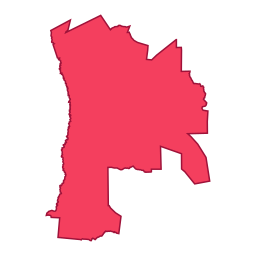 the district of Nuevo Casas Grandes, Chihuahua, Mexico
{"feature_id": "50627088B65630298438261", "entity_name": "Nuevo Casas Grandes", "entity_type": "district", "adm_level": 2, "iso_a3": "MEX", "parent_name": "Mexico", "parent_adm1": "Chihuahua", "projection": "albers", "projection_center": [-107.777, 30.506], "detail": "fine", "context": "isolated", "style": "filled", "palette": "rose", "viewbox_px": 256, "rotation_deg": 0, "n_neighbors": 0, "source": "geoboundaries", "source_scale": "gbopen_adm2", "svg_char_len": 5628}
<svg xmlns="http://www.w3.org/2000/svg" viewBox="0 0 256 256"><path d="M58.0,237.4L80.2,239.5L81.2,239.9L82.3,238.8L83.4,239.1L86.0,239.2L88.9,239.5L90.2,240.5L91.1,240.6L91.3,240.6L91.6,239.7L92.0,239.1L92.0,238.7L92.9,238.2L93.3,238.7L94.1,238.8L95.1,239.6L95.6,239.3L95.9,238.7L96.3,238.4L97.5,237.3L98.6,237.1L100.1,236.1L100.5,236.1L101.0,236.0L101.3,236.1L102.2,235.7L102.5,234.9L103.0,234.6L103.7,233.1L104.4,232.8L104.5,232.4L104.9,232.2L105.0,231.7L105.7,231.1L106.8,231.5L108.4,231.2L109.5,231.3L110.4,231.0L111.2,231.4L112.2,231.5L113.5,232.1L113.8,231.9L113.9,232.2L114.2,232.0L114.3,232.2L114.5,232.1L114.5,232.3L114.8,232.3L114.9,232.5L115.9,232.4L116.3,232.6L116.5,233.1L118.8,233.6L121.0,216.3L115.5,212.8L110.6,208.1L109.1,205.6L108.3,205.6L107.9,167.4L111.4,167.3L114.3,168.0L117.1,168.0L119.8,169.4L120.6,169.7L121.4,169.7L122.4,169.5L123.8,168.5L125.3,167.9L125.9,168.2L127.7,168.1L128.5,168.5L129.3,168.4L129.8,167.9L130.1,167.2L130.9,167.2L133.1,166.1L135.6,168.9L137.4,169.5L138.7,169.5L139.3,169.8L140.1,169.6L141.9,170.3L143.5,170.4L144.3,171.8L144.7,172.0L145.2,171.9L145.5,172.2L151.1,172.0L151.4,171.8L151.4,169.2L161.1,169.2L160.5,146.3L181.5,153.7L181.6,169.0L184.9,171.8L194.7,183.9L209.7,181.1L206.0,157.4L197.7,144.1L191.0,136.7L187.7,133.7L207.4,133.2L207.3,121.5L207.9,111.0L205.5,110.7L204.9,110.4L204.3,110.5L203.0,110.2L201.9,108.3L202.4,106.8L204.9,106.2L205.4,106.0L206.0,105.3L206.4,104.5L206.2,103.8L206.7,103.2L206.7,102.8L205.0,100.9L204.6,100.7L204.3,100.1L203.5,99.4L203.8,98.3L204.0,98.0L204.5,98.0L204.7,97.7L204.8,96.6L205.3,95.3L205.4,94.6L205.6,93.8L205.3,93.1L204.8,92.9L204.6,92.7L204.2,91.6L203.9,91.4L203.7,90.7L203.9,90.1L203.5,88.8L203.6,87.8L203.5,87.5L203.7,87.2L203.2,86.8L202.8,85.9L202.0,86.1L201.2,86.4L200.7,86.2L200.5,84.9L199.8,83.8L199.6,84.0L198.7,84.0L194.5,83.4L194.1,83.7L193.5,83.3L192.5,81.1L192.1,80.4L191.8,80.2L190.5,77.4L190.0,77.0L189.5,75.5L189.6,75.3L189.4,75.0L189.6,74.3L189.2,73.5L189.5,73.3L189.9,72.1L190.0,71.2L181.3,71.4L181.5,50.2L181.3,47.4L176.4,47.5L176.4,39.6L176.2,39.6L156.7,55.1L151.7,59.9L146.5,59.4L147.7,50.2L148.0,45.6L137.7,42.5L136.7,42.0L134.5,40.7L133.6,40.1L132.9,39.1L131.3,37.5L131.0,36.4L130.5,35.6L130.2,34.3L129.4,33.1L129.3,32.3L127.4,32.4L129.8,26.1L126.9,27.1L126.0,27.0L125.1,26.6L123.4,26.6L122.5,26.3L121.9,26.4L120.5,25.5L119.0,25.3L118.2,25.7L117.8,26.5L114.8,26.7L114.2,27.2L112.0,28.1L111.6,28.5L111.3,28.6L111.2,29.1L110.4,29.8L100.7,15.4L65.7,32.6L66.0,31.8L67.5,30.6L68.0,29.8L70.4,20.0L50.8,30.5L51.4,32.6L51.0,35.9L51.4,36.3L51.9,37.3L51.6,37.9L51.6,38.5L52.2,39.8L51.7,41.2L51.7,42.2L52.2,42.6L53.1,42.5L53.5,43.1L53.3,43.8L54.0,43.9L53.1,44.7L57.3,57.4L57.3,57.7L58.2,58.3L59.6,58.1L59.5,58.6L58.8,59.2L58.6,59.6L59.1,59.9L59.8,60.0L60.3,60.8L60.7,61.0L60.6,62.0L61.1,62.7L61.1,63.1L60.8,63.5L60.2,63.6L60.1,64.6L60.7,65.1L60.7,65.4L59.9,65.6L59.8,66.0L59.8,66.8L60.4,67.4L60.6,68.0L60.2,68.5L59.5,68.5L59.3,68.9L59.9,69.8L60.4,69.9L60.5,70.0L60.3,71.2L60.7,72.1L60.4,73.3L61.8,73.2L61.6,74.4L62.5,74.5L64.0,78.3L63.4,78.3L63.7,78.9L64.0,79.0L64.1,79.3L64.1,79.9L64.4,80.4L65.1,80.8L65.4,81.2L65.5,83.5L66.3,83.6L66.2,85.3L66.6,85.8L66.7,86.8L67.2,86.7L67.6,87.3L67.5,87.6L67.6,88.3L67.7,88.2L67.9,88.7L67.3,88.8L67.5,90.7L68.3,92.1L68.3,92.5L68.0,92.9L68.1,93.6L68.4,94.0L68.1,94.9L68.2,95.5L69.2,95.5L69.2,97.5L69.3,97.9L70.2,98.8L70.3,99.6L69.8,99.9L69.6,100.6L68.8,101.6L68.7,102.2L69.6,102.0L70.2,102.2L70.3,102.7L70.0,103.4L70.2,104.3L69.9,104.3L69.7,104.8L70.0,105.3L70.4,105.3L70.4,106.0L70.3,106.3L70.1,106.3L70.0,106.8L70.3,107.9L70.3,108.4L70.0,108.4L70.3,109.5L70.1,110.0L69.5,110.0L69.4,111.0L69.5,111.3L69.9,111.3L70.1,112.5L69.8,112.7L69.3,113.6L69.1,114.3L69.5,114.6L70.5,114.8L70.7,115.1L70.7,115.6L69.7,115.8L69.9,116.7L70.2,116.7L70.2,117.4L70.5,117.6L70.5,117.9L70.8,118.7L69.9,119.6L70.7,121.3L69.3,122.0L69.3,122.3L69.5,122.9L68.7,123.5L69.1,124.6L69.6,126.4L69.4,126.6L68.6,126.8L68.4,127.1L68.4,127.6L68.9,127.8L68.9,128.1L68.3,128.7L68.2,129.3L67.9,129.7L68.2,131.1L68.1,132.3L67.8,133.0L68.0,134.2L67.5,135.9L67.3,136.1L66.6,136.2L66.5,136.4L67.0,137.2L67.9,137.8L68.0,138.2L67.7,139.6L67.2,139.8L66.7,139.5L66.0,140.1L65.4,140.9L66.4,142.3L65.9,142.8L65.5,142.8L64.9,143.1L64.9,143.4L65.3,143.8L65.2,144.2L64.9,144.6L63.5,144.7L63.3,144.8L63.3,145.3L64.3,146.8L64.2,147.1L63.7,147.5L62.0,148.0L62.2,149.2L61.5,149.9L61.6,150.3L62.1,151.2L62.3,152.4L62.1,153.8L62.5,154.5L62.5,154.8L61.8,155.2L61.4,156.3L61.6,157.0L62.4,157.0L62.9,157.5L63.0,158.8L62.8,159.4L63.2,160.4L63.2,161.0L62.9,161.4L62.9,161.9L63.6,163.1L63.6,164.2L62.9,164.8L63.1,166.0L63.0,166.4L62.7,166.6L62.6,167.0L62.9,168.2L63.7,168.8L63.6,169.2L63.2,169.4L63.0,170.1L63.5,170.7L64.4,171.1L64.6,171.8L64.5,172.2L65.3,172.7L65.5,173.3L65.1,174.2L65.8,174.6L65.6,176.2L64.9,176.8L64.9,177.7L64.7,178.3L64.8,179.2L64.5,179.8L63.9,180.1L63.4,181.0L63.7,182.0L63.4,182.5L63.5,182.9L63.2,183.2L62.1,183.5L62.1,184.3L61.4,185.6L60.6,185.2L59.9,185.6L59.9,186.3L60.2,187.0L60.0,187.4L60.5,188.2L59.9,189.6L60.3,190.7L60.2,191.9L60.7,192.1L61.4,193.4L61.3,193.6L60.6,193.8L59.7,194.3L59.4,195.6L58.7,196.4L58.9,196.7L58.9,196.9L58.1,197.5L58.3,198.2L57.6,200.0L57.5,200.7L57.5,201.1L58.2,201.5L58.2,202.1L58.0,202.5L57.3,202.9L57.2,203.3L56.6,203.7L56.5,204.0L56.6,204.4L57.2,204.6L57.6,205.0L57.4,205.6L57.0,205.5L56.8,205.7L56.2,206.8L56.2,207.1L56.5,208.1L56.2,209.8L55.7,210.7L55.4,211.0L54.8,211.2L54.0,211.2L51.9,210.4L48.7,211.4L47.7,212.5L46.9,213.1L46.3,215.4L48.3,215.0L48.6,215.2L49.4,215.2L50.3,215.4L51.0,216.1L51.2,217.4L59.7,217.8L58.0,237.4Z" fill="#f43f5e" stroke="#9f1239" stroke-width="1.5"/></svg>